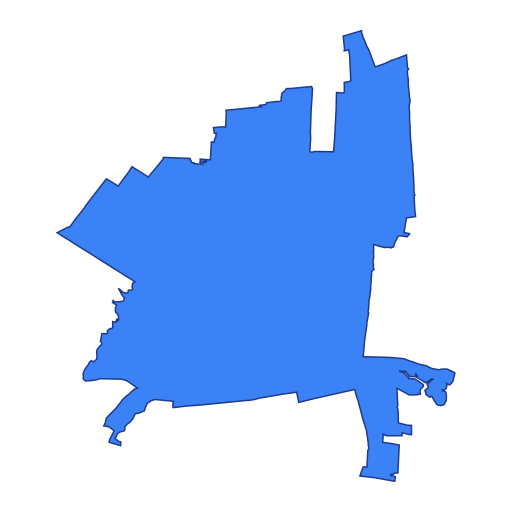 Brebeni, Olt, Romania (Natural Earth projection)
{"feature_id": "2599482B35744106763327", "entity_name": "Brebeni", "entity_type": "district", "adm_level": 2, "iso_a3": "ROU", "parent_name": "Romania", "parent_adm1": "Olt", "projection": "natural_earth1", "projection_center": [24.489, 44.373], "detail": "fine", "context": "isolated", "style": "filled", "palette": "blue", "viewbox_px": 512, "rotation_deg": 0, "n_neighbors": 0, "source": "geoboundaries", "source_scale": "gbopen_adm2", "svg_char_len": 6035}
<svg xmlns="http://www.w3.org/2000/svg" viewBox="0 0 512 512"><path d="M363.1,467.1L359.9,476.0L374.0,477.6L394.8,481.3L395.3,476.7L392.5,475.8L390.5,475.6L390.4,475.4L391.1,474.3L392.4,474.5L393.6,474.2L394.4,473.0L397.9,473.0L399.2,445.0L390.1,443.3L382.7,442.4L383.1,436.7L383.1,434.0L384.5,434.5L385.2,435.5L387.9,435.8L402.0,435.7L402.2,435.3L401.9,433.1L402.5,432.8L408.5,434.4L411.5,434.7L411.5,425.4L407.3,425.2L398.3,422.9L398.3,416.2L398.1,410.8L397.7,410.1L397.8,408.8L397.0,407.4L397.7,406.1L397.7,404.4L397.1,391.7L396.8,388.6L397.0,388.3L409.0,394.8L412.5,395.0L417.7,394.7L417.7,394.2L418.0,394.2L420.4,394.3L420.1,391.7L420.2,390.2L421.1,388.7L423.3,386.5L423.5,385.3L423.3,384.8L421.9,383.6L415.1,379.0L413.9,378.8L411.9,378.9L409.7,378.4L408.5,378.7L408.3,378.2L408.8,377.6L407.2,376.0L405.8,375.2L405.3,374.0L403.5,372.5L400.0,371.5L399.7,371.3L399.7,371.0L401.2,371.0L404.0,371.6L404.2,370.9L405.1,371.1L405.2,371.9L406.4,372.1L407.3,374.0L408.8,375.0L409.4,376.0L411.5,376.7L414.0,376.5L415.0,376.8L415.8,376.1L415.6,374.0L415.9,373.8L417.4,376.3L416.6,377.0L416.6,377.3L423.4,381.3L424.2,382.3L424.7,382.6L425.6,382.4L427.7,381.6L431.4,379.0L432.2,378.8L432.9,379.0L433.1,379.3L431.4,380.3L428.9,382.7L426.9,383.7L428.4,387.2L428.1,387.8L425.9,389.5L424.9,390.5L425.6,392.4L425.9,394.4L429.6,397.2L431.7,396.3L436.3,403.9L438.2,405.2L440.7,405.6L442.6,405.2L444.5,404.3L444.8,403.8L444.9,402.5L446.1,401.1L446.3,400.1L446.4,395.5L445.8,392.1L445.3,391.6L442.6,390.9L442.3,390.6L442.3,390.0L444.4,389.8L445.9,388.9L446.4,387.9L446.8,385.8L446.8,384.8L446.5,383.4L448.2,384.5L449.7,384.9L452.4,382.1L453.0,380.8L454.9,373.2L454.6,372.6L447.2,369.1L441.3,369.1L439.4,369.8L432.3,368.6L429.8,367.6L426.8,365.9L418.5,364.0L411.8,361.5L410.7,361.4L404.6,358.9L401.0,358.4L389.8,357.4L363.2,356.7L364.8,339.0L366.8,325.4L366.7,323.9L368.7,312.7L368.1,312.2L368.1,311.3L368.5,309.9L369.1,299.7L369.7,297.4L370.7,289.1L370.6,286.7L371.2,282.0L371.1,278.1L371.6,275.6L371.6,271.9L372.2,270.8L373.6,269.8L374.1,269.2L373.5,268.2L373.3,267.2L373.3,265.9L373.6,264.6L373.1,262.8L373.0,261.9L373.7,257.3L373.5,252.4L373.7,249.1L373.6,244.5L379.8,246.4L384.7,247.5L388.3,247.3L391.4,247.8L391.5,247.2L391.9,247.0L393.5,247.1L394.7,242.9L398.2,236.1L399.6,235.8L402.2,236.0L407.2,236.8L409.6,233.9L409.6,233.6L404.0,232.6L406.2,219.7L406.3,218.0L415.6,216.6L414.9,210.9L414.3,200.9L414.2,196.9L414.3,196.1L414.9,195.0L414.2,193.9L414.1,192.6L413.6,178.2L412.8,167.1L413.0,164.4L412.7,163.2L411.8,156.4L411.1,144.0L410.7,141.4L410.3,134.6L410.1,128.2L410.3,127.2L409.9,125.5L409.6,120.1L409.5,110.7L409.2,109.2L409.2,107.7L409.3,105.1L409.8,103.1L410.1,99.5L410.0,99.2L409.7,99.2L408.3,85.0L408.3,79.5L407.6,75.3L407.4,71.3L407.6,70.0L408.6,69.0L408.6,68.7L407.6,67.8L407.4,67.2L406.5,54.9L393.1,60.0L391.5,60.1L390.7,60.9L383.8,63.9L375.2,66.9L368.8,49.8L366.7,46.1L364.2,39.5L363.0,37.7L362.7,35.7L361.6,32.5L361.6,30.7L343.2,36.1L344.4,47.7L344.5,49.7L344.2,50.2L344.2,50.9L348.8,49.8L349.7,56.6L350.8,80.9L348.4,81.7L344.2,82.4L344.4,91.6L344.0,92.5L342.6,93.0L336.5,92.5L336.1,109.9L334.6,138.8L333.5,151.9L330.5,151.7L315.0,151.5L311.8,152.2L310.3,151.9L309.8,151.3L310.7,138.0L310.4,133.2L311.1,110.6L312.2,94.5L312.3,90.4L312.6,88.8L311.5,86.5L291.8,88.4L286.4,88.6L286.1,88.8L286.0,89.6L285.6,90.1L282.2,93.0L281.8,93.8L281.2,97.5L281.2,100.2L280.8,101.1L279.1,101.5L276.5,101.5L266.6,102.7L266.4,103.7L265.7,104.6L259.7,105.3L259.4,105.6L261.3,106.8L226.0,110.2L226.3,113.5L225.6,127.0L221.1,126.9L213.4,127.6L214.4,133.4L216.4,133.4L215.8,136.6L214.4,139.8L214.1,142.3L211.4,141.9L210.3,159.9L200.2,159.1L200.6,160.4L200.1,161.3L199.9,162.3L200.8,162.8L203.5,161.3L206.1,160.8L206.6,161.3L206.4,162.0L203.6,162.8L202.6,164.3L193.9,163.7L193.9,162.8L191.7,162.6L191.4,161.3L190.5,160.1L190.2,158.6L189.8,158.4L163.3,157.4L163.4,158.4L162.9,159.3L154.2,170.0L150.5,174.2L148.5,177.1L132.0,166.7L128.9,171.6L118.2,186.1L106.4,178.8L85.1,206.4L84.7,207.8L83.7,208.5L81.9,211.1L77.7,216.2L70.0,226.6L69.2,227.1L68.3,226.9L57.1,232.7L135.0,281.8L133.7,282.5L132.7,283.4L132.1,286.2L132.5,289.1L132.3,289.8L131.5,290.3L129.3,289.9L128.6,290.1L128.1,290.8L128.2,292.3L127.3,293.2L123.6,292.5L122.1,291.6L119.3,289.0L118.8,288.9L119.2,290.0L120.6,292.0L121.2,293.6L122.9,296.2L124.5,297.9L124.1,298.5L123.9,300.0L123.4,300.8L122.6,301.4L116.5,301.8L114.1,301.8L113.4,300.4L113.2,300.4L112.9,301.7L112.5,302.3L114.0,303.6L116.5,304.7L115.4,308.3L115.3,310.5L115.8,312.4L117.8,314.5L118.5,316.4L118.7,318.9L116.5,319.4L116.7,320.1L118.2,319.9L118.2,320.5L116.1,320.8L116.1,322.2L112.7,321.6L112.7,327.6L111.8,328.5L110.5,328.5L109.2,329.1L108.3,330.0L108.3,330.4L107.4,330.8L107.5,333.4L106.3,333.7L101.9,333.6L100.4,341.5L101.1,341.8L101.7,343.1L101.6,344.3L101.4,344.9L100.2,345.6L98.1,348.3L97.2,349.6L96.8,350.6L96.6,352.0L96.9,354.5L97.0,356.6L96.6,359.3L93.8,361.7L93.2,361.7L91.3,360.6L89.4,362.2L88.8,364.0L85.5,368.3L83.7,371.7L83.6,372.8L83.1,373.6L83.4,376.6L83.1,378.5L84.2,380.0L85.3,380.9L86.3,381.1L87.2,380.7L89.3,380.8L93.2,380.3L96.3,379.8L100.1,378.7L121.7,379.2L126.2,380.5L129.6,382.5L137.4,388.1L135.7,388.6L134.2,389.4L131.2,391.9L128.9,394.2L126.4,396.0L123.6,398.8L123.0,399.1L116.1,408.1L106.3,418.1L105.3,422.8L103.8,426.0L105.4,426.1L107.6,426.7L107.8,426.3L109.3,427.0L113.9,430.6L114.0,431.3L110.0,438.8L109.2,441.2L109.1,442.2L120.6,445.7L120.8,441.9L118.4,441.2L115.2,438.7L115.2,437.9L116.1,437.0L116.5,435.6L117.7,433.4L119.3,432.2L124.5,430.7L124.8,429.6L125.0,426.5L127.2,424.2L130.2,421.9L132.7,419.1L135.3,413.7L138.7,413.2L144.1,411.0L144.6,410.4L145.1,408.3L147.2,403.3L151.2,400.7L155.0,399.5L173.4,401.3L172.9,404.2L173.0,407.5L173.3,407.6L186.2,406.1L200.6,405.0L242.9,400.8L248.2,400.3L249.4,400.5L250.1,400.1L253.0,399.8L259.8,398.1L283.5,394.0L296.7,392.2L298.7,402.4L314.5,398.5L354.7,389.5L356.1,395.1L358.2,401.1L363.0,419.6L366.4,430.1L368.2,442.7L368.3,445.8L369.1,448.2L367.8,450.3L366.9,467.1L363.9,466.8L363.1,467.1Z" fill="#3b82f6" stroke="#1e3a8a" stroke-width="1.5"/></svg>